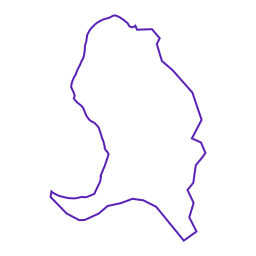 Livingston, Kentucky, United States of America
{"feature_id": "52423323B40922319386864", "entity_name": "Livingston", "entity_type": "district", "adm_level": 2, "iso_a3": "USA", "parent_name": "United States of America", "parent_adm1": "Kentucky", "projection": "natural_earth1", "projection_center": [-88.42, 37.204], "detail": "fine", "context": "isolated", "style": "outline", "palette": "violet", "viewbox_px": 256, "rotation_deg": 0, "n_neighbors": 0, "source": "geoboundaries", "source_scale": "gbopen_adm2", "svg_char_len": 1315}
<svg xmlns="http://www.w3.org/2000/svg" viewBox="0 0 256 256"><path d="M84.5,220.0L98.5,213.7L107.6,206.0L121.0,203.1L132.5,198.8L143.3,200.3L156.2,206.8L183.8,240.6L196.5,231.5L189.3,217.4L193.6,202.9L187.5,190.0L193.3,182.8L195.8,165.2L202.9,156.6L205.4,152.9L201.0,142.5L191.9,138.4L201.6,119.9L192.4,92.6L172.6,70.2L161.9,61.0L156.8,44.0L159.7,38.3L152.0,29.2L137.0,29.7L135.4,25.7L134.1,26.7L132.5,27.3L130.2,26.8L129.3,26.0L127.6,23.2L123.5,19.8L119.5,17.2L116.8,15.9L114.8,15.4L113.1,15.7L112.4,16.1L110.8,17.0L107.8,18.3L104.9,18.9L102.4,19.8L98.0,22.2L95.6,23.9L91.5,27.9L89.8,30.1L87.2,34.8L86.4,40.8L84.9,46.1L84.7,51.1L83.9,55.8L82.9,58.9L81.5,61.2L80.0,64.9L77.4,69.9L75.5,75.0L74.0,77.3L72.9,79.7L71.6,83.6L71.1,87.1L73.7,92.5L74.7,95.9L73.8,98.2L74.3,99.2L77.3,102.6L80.7,105.2L82.8,107.4L83.7,109.1L85.9,114.8L86.5,115.9L89.1,119.6L91.1,121.1L94.4,122.9L97.7,126.2L98.9,128.0L101.3,135.4L102.3,139.1L103.0,140.0L104.8,147.1L104.6,148.1L105.6,150.0L106.2,150.8L107.0,151.3L108.5,154.0L108.3,155.3L104.3,167.2L103.8,167.9L100.6,175.9L100.6,176.3L101.0,176.6L100.2,181.3L94.3,193.9L87.3,196.8L84.6,197.3L81.6,196.9L81.5,197.0L75.7,198.3L71.7,198.3L68.8,198.1L64.6,197.3L59.0,195.9L53.0,192.8L51.4,191.5L50.6,197.0L66.6,213.5L79.1,220.1L84.5,220.0Z" fill="none" stroke="#5b21b6" stroke-width="2"/></svg>